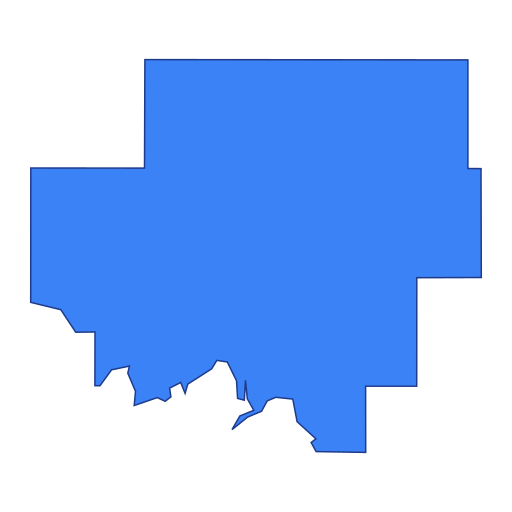 Ramsey, North Dakota, United States of America (Robinson projection)
{"feature_id": "52423323B86703523671903", "entity_name": "Ramsey", "entity_type": "district", "adm_level": 2, "iso_a3": "USA", "parent_name": "United States of America", "parent_adm1": "North Dakota", "projection": "robinson", "projection_center": [-98.806, 48.23], "detail": "fine", "context": "isolated", "style": "filled", "palette": "blue", "viewbox_px": 512, "rotation_deg": 0, "n_neighbors": 0, "source": "geoboundaries", "source_scale": "gbopen_adm2", "svg_char_len": 723}
<svg xmlns="http://www.w3.org/2000/svg" viewBox="0 0 512 512"><path d="M30.8,168.0L30.7,302.4L60.8,309.7L75.7,332.2L95.0,332.0L94.9,385.7L100.0,385.7L111.6,369.8L129.4,366.1L127.8,373.2L135.5,391.3L134.2,405.5L157.3,397.6L165.2,401.3L170.9,396.8L169.6,388.1L180.7,382.5L185.1,393.4L187.8,384.1L211.7,368.8L216.8,360.4L227.3,362.0L236.5,380.7L237.6,398.4L244.3,400.2L245.5,380.3L247.3,398.8L253.8,410.3L239.9,415.9L232.0,429.6L247.6,417.1L261.6,411.2L267.2,400.9L275.8,397.3L292.8,399.1L297.1,421.7L315.9,438.8L311.1,442.5L316.1,451.6L365.7,452.4L365.6,386.2L416.7,386.2L416.8,277.7L481.3,277.5L481.0,168.6L467.9,168.5L467.9,59.9L144.9,59.6L144.5,168.1L30.8,168.0Z" fill="#3b82f6" stroke="#1e3a8a" stroke-width="1.5"/></svg>